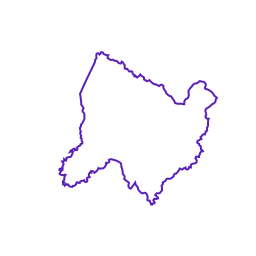 outline of Montes Altos, Maranhão, Brazil, rotated 313°
{"feature_id": "56859067B69615638482007", "entity_name": "Montes Altos", "entity_type": "district", "adm_level": 2, "iso_a3": "BRA", "parent_name": "Brazil", "parent_adm1": "Maranhão", "projection": "natural_earth1", "projection_center": [-47.061, -5.84], "detail": "fine", "context": "isolated", "style": "outline", "palette": "violet", "viewbox_px": 256, "rotation_deg": 313, "n_neighbors": 0, "source": "geoboundaries", "source_scale": "gbopen_adm2", "svg_char_len": 5531}
<svg xmlns="http://www.w3.org/2000/svg" viewBox="0 0 256 256"><g transform="rotate(313 128 128)"><path d="M161.9,54.7L160.6,54.5L159.8,55.0L157.4,57.4L156.0,57.4L154.4,58.1L153.6,58.9L152.3,59.2L151.1,59.7L134.5,64.8L120.3,69.6L118.5,71.9L117.7,73.0L116.4,74.4L114.9,76.3L113.8,77.3L113.1,78.0L112.8,80.3L112.1,82.1L109.8,82.6L109.1,83.8L108.8,85.9L108.1,87.0L106.7,88.2L105.4,89.6L103.0,90.6L102.0,90.8L100.3,91.4L98.2,91.3L97.2,92.4L95.2,92.8L94.2,94.1L93.5,95.2L92.9,96.3L91.8,96.4L91.0,97.3L90.4,99.1L88.6,99.9L88.6,101.5L87.1,102.7L86.4,104.6L85.4,105.1L84.0,104.3L82.4,105.0L81.4,104.4L79.2,104.0L78.3,105.0L77.3,105.8L76.5,105.1L75.6,104.3L76.6,103.1L75.9,102.5L74.0,102.1L72.5,101.5L71.0,101.9L73.1,102.9L73.1,104.0L72.1,104.2L70.9,105.1L68.0,105.8L66.7,105.0L65.5,103.9L64.1,103.4L63.3,104.2L62.2,104.8L61.7,102.5L60.7,103.9L59.8,103.6L58.6,102.6L58.2,104.1L57.7,105.6L54.5,106.6L54.2,107.6L53.3,108.1L52.3,108.0L51.3,108.7L50.2,108.2L49.2,108.9L47.9,109.1L47.8,110.3L48.4,111.6L49.2,112.8L50.6,113.4L51.1,114.3L50.1,114.5L49.2,114.9L47.6,115.7L46.9,116.8L45.9,116.7L44.8,116.8L44.7,118.0L44.0,117.5L42.5,119.0L43.3,119.7L42.8,120.9L43.8,120.8L44.8,120.8L44.8,122.2L45.9,122.7L45.6,123.8L45.4,125.1L46.2,126.4L46.9,127.4L48.0,127.1L48.7,127.8L49.6,128.3L51.2,128.5L52.4,127.7L53.6,127.7L54.2,129.4L55.0,130.2L56.2,129.6L57.9,130.1L58.8,131.4L59.8,131.5L59.3,132.6L59.6,134.0L60.9,134.5L62.1,134.0L62.6,132.6L63.7,132.0L64.8,132.7L65.9,133.5L66.4,132.0L67.5,130.9L68.5,130.7L69.6,130.4L70.2,131.5L70.7,130.7L71.6,130.4L72.2,131.6L72.7,132.6L72.3,133.9L73.4,134.4L74.7,134.3L76.2,134.4L77.5,134.1L78.5,133.7L78.7,134.9L80.1,135.8L80.8,136.8L81.9,137.4L83.5,137.6L84.7,137.4L86.0,137.0L86.9,136.0L87.8,135.8L88.1,136.8L89.1,137.0L90.1,137.4L91.0,137.1L91.6,135.8L93.0,136.3L93.7,136.9L96.1,141.5L96.4,142.5L97.2,145.2L97.3,146.9L96.3,148.4L95.0,149.7L94.1,151.7L92.7,153.5L91.7,154.6L90.9,155.4L90.6,157.4L90.4,158.3L89.5,159.3L88.1,160.0L88.1,161.1L88.4,164.0L88.7,165.6L88.0,166.6L86.7,167.1L85.5,168.3L85.0,170.3L85.7,171.4L89.1,171.0L93.0,170.5L92.0,171.9L91.6,173.2L91.5,174.4L91.2,175.9L90.2,176.8L89.7,178.8L89.6,180.6L89.7,182.4L90.3,183.4L91.7,184.0L92.5,185.2L92.4,186.5L91.9,187.9L91.3,188.9L90.6,189.7L89.5,190.4L88.5,191.4L88.8,192.5L89.7,193.5L89.0,194.6L88.5,196.1L87.8,197.0L88.3,197.8L89.5,197.5L90.6,198.6L91.6,198.5L92.1,197.2L92.2,196.0L93.0,195.6L94.0,195.4L94.7,196.6L95.7,197.3L97.0,198.0L97.6,197.1L97.4,196.1L97.6,195.0L97.7,193.5L98.8,193.5L100.1,193.7L101.0,194.8L102.0,195.6L103.8,195.5L105.0,195.5L106.1,195.2L106.6,194.2L107.8,193.3L108.7,191.9L110.1,191.9L111.2,191.6L111.9,190.5L113.0,190.8L114.0,191.3L115.6,191.4L117.0,190.9L118.1,191.6L118.8,192.7L119.7,193.5L120.8,193.9L122.1,194.1L123.5,194.4L124.5,193.8L125.4,193.5L126.7,193.5L127.6,194.4L128.5,194.3L129.7,194.3L131.4,194.1L132.7,193.8L133.8,193.6L134.1,195.1L134.7,196.1L135.6,196.2L136.5,196.2L137.4,196.8L138.3,197.0L137.5,198.2L138.0,199.7L139.3,200.2L140.2,199.7L141.1,199.3L142.0,200.9L142.8,200.2L143.7,199.2L144.8,199.2L145.7,199.5L146.8,200.3L147.7,201.0L148.7,201.5L150.2,201.3L151.0,200.5L151.6,199.5L151.8,198.0L152.8,197.4L153.7,197.4L154.3,198.5L155.3,199.8L156.2,198.8L157.7,198.6L158.4,197.9L159.7,197.6L161.0,197.9L162.1,198.7L162.5,197.4L161.9,196.5L162.5,195.4L163.3,194.8L164.3,193.7L164.0,192.4L164.4,191.4L164.9,190.6L164.4,189.3L164.8,188.2L165.8,187.7L166.7,187.9L167.6,188.4L169.0,188.6L170.0,189.2L170.5,188.1L170.9,187.2L171.9,187.4L173.2,187.3L174.1,187.1L175.0,187.6L175.6,188.6L176.7,188.0L177.6,187.9L178.5,187.1L179.3,187.6L180.5,187.4L181.2,186.4L182.0,185.6L183.3,185.3L184.5,184.8L185.6,183.7L186.5,182.8L187.4,182.2L188.4,181.2L189.8,180.7L188.7,179.3L188.6,177.7L189.5,176.5L190.6,176.5L191.6,175.6L192.3,174.5L192.9,173.3L194.0,172.4L195.4,172.0L197.1,172.5L199.2,173.1L200.7,173.2L201.9,173.3L203.2,173.4L204.2,174.0L206.0,174.1L207.4,173.7L208.3,173.0L209.2,172.6L210.6,172.5L210.7,171.1L210.5,169.4L210.9,167.5L211.2,166.4L211.4,165.1L211.3,163.4L210.8,161.0L210.4,159.6L209.4,158.1L209.8,156.9L211.3,156.3L212.5,155.6L213.4,154.4L213.5,153.1L213.3,151.8L212.6,150.8L212.0,149.8L211.2,148.5L208.4,148.1L207.1,147.3L206.0,146.6L205.2,146.2L204.1,146.1L203.1,146.2L202.0,146.3L201.0,146.3L199.5,146.4L197.0,146.7L196.1,147.1L195.1,148.1L194.5,149.1L193.5,150.1L192.1,150.9L191.2,151.2L189.9,151.2L188.5,150.5L185.8,151.1L183.8,152.9L182.9,152.0L182.3,150.7L181.7,149.8L180.7,149.1L180.0,148.3L179.1,146.9L178.4,145.4L179.3,143.6L179.6,142.0L179.8,140.9L180.2,139.9L180.3,138.8L180.5,137.7L179.9,136.7L179.5,135.5L179.5,134.1L179.6,131.8L180.4,130.7L180.5,129.5L181.0,128.1L181.5,126.5L182.8,125.4L183.0,124.2L182.4,122.7L181.3,122.3L180.1,122.4L179.7,121.2L179.1,119.7L178.7,118.2L177.9,117.5L177.6,115.9L177.5,114.0L177.5,112.7L177.7,111.1L175.9,110.4L175.0,109.7L174.9,108.2L174.4,106.8L175.8,105.2L175.7,103.7L175.3,102.4L175.5,100.4L174.2,100.7L173.2,100.6L172.0,100.4L171.1,100.1L171.0,98.7L170.4,97.7L171.3,97.7L171.1,96.3L170.7,95.0L171.3,93.7L172.1,92.7L171.6,91.5L170.2,90.5L170.4,88.9L170.7,87.1L170.0,86.5L169.3,85.0L170.0,84.4L170.8,83.5L171.7,82.7L172.0,81.0L172.5,79.8L172.3,78.2L171.2,78.6L170.2,78.7L169.3,77.4L169.1,76.4L169.4,75.3L169.2,73.7L168.1,72.6L167.9,71.0L167.3,70.0L166.2,69.3L165.7,68.2L165.6,66.8L165.3,65.3L166.3,64.4L167.8,63.9L167.0,63.0L166.2,61.7L165.5,59.5L166.1,58.2L165.6,57.2L164.9,56.5L163.5,57.2L162.2,57.0L162.5,55.8L161.9,54.7ZM52.3,108.0L52.4,106.5L51.6,105.9L50.7,106.3L51.4,107.0L52.3,108.0Z" fill="none" stroke="#5b21b6" stroke-width="2"/></g></svg>